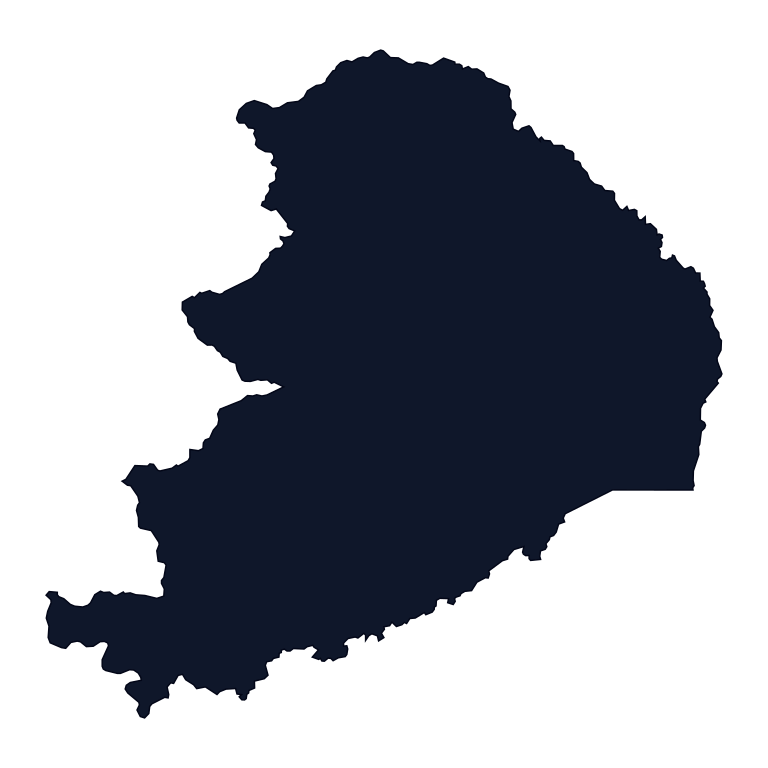 Arraias, Tocantins, Brazil
{"feature_id": "56859067B87570959920414", "entity_name": "Arraias", "entity_type": "district", "adm_level": 2, "iso_a3": "BRA", "parent_name": "Brazil", "parent_adm1": "Tocantins", "projection": "orthographic", "projection_center": [-47.118, -12.82], "detail": "fine", "context": "isolated", "style": "filled", "palette": "ink", "viewbox_px": 768, "rotation_deg": 0, "n_neighbors": 0, "source": "geoboundaries", "source_scale": "gbopen_adm2", "svg_char_len": 6060}
<svg xmlns="http://www.w3.org/2000/svg" viewBox="0 0 768 768"><path d="M454.8,62.1L443.6,58.1L432.4,65.1L429.8,65.4L426.9,63.7L419.5,62.3L416.8,62.3L413.0,64.5L408.2,63.7L398.4,57.9L390.4,57.6L383.3,50.9L380.7,50.1L374.4,52.5L369.6,57.1L367.3,57.9L363.1,57.0L358.1,58.3L352.0,61.9L346.9,60.5L340.7,62.7L336.5,66.9L335.3,70.2L332.9,70.9L326.8,78.9L325.8,82.2L321.3,84.8L316.3,85.5L307.5,90.8L304.1,97.2L298.4,101.4L287.4,102.8L279.4,107.6L272.6,108.5L266.9,104.6L254.3,100.6L246.3,103.4L239.3,109.8L236.6,118.1L237.1,120.3L239.2,123.0L245.0,123.0L248.6,127.9L253.5,128.3L255.2,130.2L253.8,133.7L256.5,139.6L255.5,144.5L258.3,147.8L265.3,151.6L271.5,152.1L273.6,155.1L274.0,158.5L271.1,162.6L272.7,165.2L276.1,166.0L278.1,168.5L275.5,173.5L276.1,178.8L275.0,181.3L270.0,183.9L269.1,186.0L270.2,188.9L269.0,192.2L265.9,196.2L265.3,200.8L262.5,202.0L261.5,205.4L271.1,210.6L276.3,209.0L287.7,223.5L287.4,226.2L289.1,228.6L294.7,230.9L291.4,236.0L284.9,237.6L280.2,236.5L280.5,238.9L283.0,241.0L284.0,243.7L282.5,246.1L280.5,248.2L275.6,248.4L269.9,252.7L270.1,254.8L268.7,258.0L261.8,264.3L258.8,271.8L252.1,278.2L224.6,291.7L222.5,293.6L219.5,294.4L211.8,292.2L209.8,290.6L201.7,293.3L199.9,292.4L194.5,297.7L192.2,296.4L182.4,302.1L182.2,310.0L187.5,316.7L187.9,321.9L189.4,324.7L194.5,328.6L194.4,331.4L198.1,338.4L207.3,345.1L212.1,345.0L214.4,346.3L217.4,350.6L220.3,352.2L222.8,356.4L227.7,358.5L230.1,361.3L235.9,363.2L237.2,370.1L242.1,380.0L244.9,381.2L250.4,381.4L257.9,379.4L260.8,380.3L267.4,379.8L271.5,383.3L274.2,382.2L283.7,386.9L266.9,395.0L261.9,396.0L256.7,394.8L252.9,396.0L247.5,395.6L241.2,400.7L220.1,409.1L217.7,414.0L218.9,419.6L217.8,425.0L213.3,430.2L209.7,438.3L205.3,439.9L203.4,442.8L203.0,448.5L198.5,450.7L189.9,449.5L189.9,457.6L188.1,460.7L178.0,466.2L176.4,465.0L172.1,468.2L159.9,471.0L157.6,470.2L153.5,464.4L149.9,463.9L147.7,466.1L134.9,465.6L125.9,479.3L122.1,481.2L127.4,485.2L130.7,485.7L137.9,496.2L139.5,502.7L137.7,505.2L136.5,510.4L138.4,517.4L138.7,526.5L140.4,528.1L151.3,530.6L158.9,542.3L159.2,544.8L156.8,550.8L158.2,561.2L164.4,562.7L166.1,565.2L163.9,577.5L161.5,580.5L161.5,583.4L164.3,588.9L163.8,596.1L156.8,598.4L144.9,595.5L135.8,594.8L130.2,592.9L124.6,593.6L123.3,592.0L116.7,595.6L113.8,595.3L109.6,592.1L103.6,592.5L100.5,591.2L94.8,594.7L90.5,602.9L88.0,605.2L82.8,607.0L74.7,606.2L70.3,604.4L63.8,598.7L58.8,596.7L57.3,594.7L57.3,592.3L49.2,591.6L46.1,595.2L50.9,599.7L51.2,602.8L47.7,611.3L46.3,618.1L49.0,626.2L48.2,637.5L50.2,642.8L61.5,647.6L65.7,648.3L70.9,642.4L77.2,641.1L80.5,641.8L86.4,646.6L93.3,646.2L100.1,641.7L104.4,641.4L107.7,642.9L108.5,645.8L102.2,659.7L102.2,666.3L103.3,669.0L105.7,670.5L117.4,673.4L120.4,673.4L129.6,669.7L133.7,670.0L138.3,673.1L140.8,677.4L141.3,680.3L130.3,682.5L126.3,685.3L125.2,689.0L127.8,693.0L138.9,702.3L139.4,705.0L137.0,710.0L140.3,716.5L144.6,717.9L148.8,713.5L149.7,706.5L151.9,703.8L164.7,697.3L168.1,697.9L168.7,694.6L167.1,687.0L170.7,682.8L173.6,683.4L178.1,675.4L182.5,674.3L185.7,679.7L193.6,684.7L196.7,688.6L205.4,686.9L217.0,694.5L219.6,691.7L226.0,689.1L235.6,688.5L237.0,694.0L241.5,694.6L239.2,696.8L241.8,699.8L244.6,699.9L246.2,698.6L246.8,694.3L248.6,693.0L248.9,690.5L254.6,688.0L254.4,681.1L264.3,678.7L268.0,675.2L265.3,665.3L266.7,661.7L271.6,660.8L273.4,658.4L278.9,657.1L279.2,653.3L281.3,652.5L281.3,650.2L284.3,649.1L287.0,651.0L290.1,651.0L293.3,648.5L304.1,649.0L307.1,646.7L312.8,645.3L314.0,647.2L318.5,649.9L312.3,657.1L318.7,659.4L320.4,658.4L321.9,661.0L324.4,661.2L328.1,658.1L330.9,658.4L333.1,660.7L338.3,657.8L345.2,656.6L346.8,654.5L347.7,649.0L346.8,645.8L343.6,646.1L343.6,643.0L348.0,638.5L355.2,637.0L357.9,638.0L363.9,633.3L365.6,635.1L365.6,640.4L368.8,635.7L371.8,633.8L377.4,635.8L378.6,640.9L383.9,637.6L381.4,633.2L384.4,629.3L383.8,626.8L389.6,625.7L391.9,622.1L396.4,626.5L401.9,624.7L404.3,622.4L406.6,623.5L409.8,618.5L415.3,618.0L424.3,612.5L425.8,614.7L432.2,612.1L434.2,609.4L434.3,607.1L436.0,606.0L436.4,600.3L439.8,598.3L448.6,598.6L447.7,602.7L453.2,604.5L455.2,601.4L454.5,598.5L456.1,597.1L460.0,595.8L461.0,593.6L464.9,591.3L471.6,590.6L476.9,582.2L485.3,577.7L488.2,578.0L489.5,573.9L488.7,570.9L502.4,560.7L507.6,559.1L507.9,556.3L513.9,549.5L523.9,546.5L522.6,552.2L523.4,554.1L525.6,555.6L529.1,555.5L529.1,558.7L530.6,560.4L540.6,559.4L539.7,556.3L540.5,550.9L545.2,549.3L546.8,546.7L545.9,543.7L549.3,539.7L549.9,536.9L553.6,535.5L556.2,532.1L558.6,524.1L564.6,521.9L563.2,518.1L565.2,513.7L612.5,489.9L693.0,490.0L692.7,487.8L694.1,485.6L693.1,480.5L693.4,470.9L698.8,454.6L698.4,446.6L699.7,444.2L701.3,431.3L704.6,428.0L705.5,425.2L704.4,422.6L700.3,420.0L700.5,408.3L703.1,403.2L705.8,401.9L704.7,399.2L718.3,383.1L717.0,381.5L717.5,379.1L720.8,376.4L721.9,373.9L717.3,361.3L717.0,357.8L721.0,350.0L721.4,340.6L719.2,337.8L718.7,332.6L714.4,326.7L712.0,319.2L709.9,317.2L713.0,310.3L709.6,305.5L709.7,298.8L707.0,294.2L707.0,292.0L703.4,288.0L705.2,286.2L704.5,283.6L703.4,281.3L700.2,281.1L699.9,273.1L695.6,273.0L693.4,268.2L690.9,266.7L684.9,269.1L683.0,267.9L676.2,260.2L674.5,255.9L672.5,255.1L671.8,257.9L669.4,258.3L666.7,260.5L661.6,259.2L659.7,257.3L660.2,251.3L658.2,248.2L661.4,246.5L662.0,242.6L660.5,239.5L662.5,237.4L662.1,235.0L659.0,234.0L657.1,234.9L656.4,229.3L650.4,223.7L645.5,224.4L645.2,216.7L641.6,219.9L639.1,219.9L636.9,215.9L636.8,210.7L634.4,209.4L628.6,210.5L626.9,206.4L622.6,210.3L619.5,208.6L614.4,200.2L614.5,193.4L612.8,191.2L604.8,190.5L601.6,186.1L594.4,184.0L591.5,181.3L589.5,179.3L587.0,172.7L581.4,167.2L580.1,163.0L578.2,161.4L573.7,160.6L573.6,153.5L572.0,151.5L565.0,149.1L564.1,146.6L562.4,145.5L553.3,145.5L550.2,140.9L544.1,140.4L541.4,137.1L539.8,138.4L540.2,141.1L536.0,136.9L531.0,127.5L529.0,125.8L521.9,128.2L518.5,131.4L513.2,129.1L512.0,122.6L515.7,114.4L514.8,112.2L511.0,108.8L510.9,100.9L508.9,96.5L510.0,90.2L508.0,86.5L498.5,83.1L491.0,79.0L487.8,78.7L485.4,77.1L483.7,73.0L477.0,68.9L471.7,69.2L468.3,66.6L462.4,69.0L461.8,65.7L459.4,64.2L455.0,64.2L454.8,62.1Z" fill="#0f172a" stroke="#020617" stroke-width="1.5"/></svg>